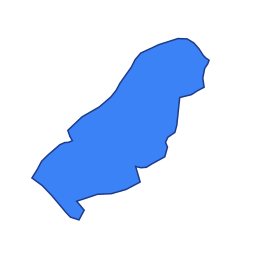 the border of Kiruhura, rotated 230°
{"feature_id": "UGA-3371", "entity_name": "Kiruhura", "entity_type": "District", "adm_level": 1, "iso_a3": "UGA", "parent_name": "Uganda", "parent_adm1": "", "projection": "equal_earth", "projection_center": [30.869, -0.246], "detail": "fine", "context": "isolated", "style": "filled", "palette": "blue", "viewbox_px": 256, "rotation_deg": 230, "n_neighbors": 0, "source": "natural_earth", "source_scale": "10m", "svg_char_len": 815}
<svg xmlns="http://www.w3.org/2000/svg" viewBox="0 0 256 256"><g transform="rotate(230 128 128)"><path d="M93.2,41.6L89.1,31.4L96.7,26.6L103.3,26.2L117.5,26.2L125.6,26.2L139.1,25.3L151.5,22.3L154.5,31.7L158.1,40.5L158.8,49.9L159.0,65.1L157.5,70.2L155.2,73.3L154.1,77.2L159.0,78.1L164.9,80.4L166.1,100.0L162.6,119.6L162.8,135.0L164.5,143.2L167.6,151.0L172.5,169.8L175.8,177.4L177.2,186.0L174.9,194.5L172.0,205.3L164.4,223.8L158.2,230.6L150.9,233.1L143.2,233.3L135.4,232.3L131.6,232.6L127.8,233.7L125.8,230.1L124.4,225.1L118.2,217.4L110.3,212.5L111.9,205.2L112.8,198.0L118.1,187.2L98.8,167.2L94.5,161.1L95.3,152.6L92.9,147.5L88.0,146.0L82.3,137.7L85.1,123.5L86.1,116.8L89.3,112.3L93.6,109.1L78.8,102.6L82.2,86.9L88.4,73.0L96.9,61.9L104.9,41.6L93.2,41.6Z" fill="#3b82f6" stroke="#1e3a8a" stroke-width="1.5"/></g></svg>